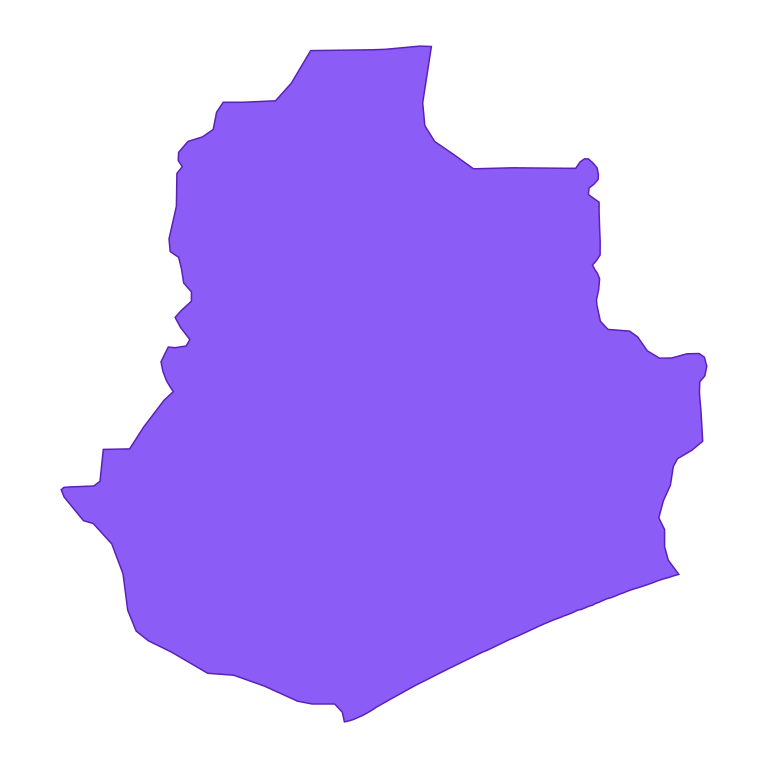 the district of Salinas, Canelones, Uruguay
{"feature_id": "84410073B77165260459869", "entity_name": "Salinas", "entity_type": "district", "adm_level": 2, "iso_a3": "URY", "parent_name": "Uruguay", "parent_adm1": "Canelones", "projection": "robinson", "projection_center": [-55.842, -34.745], "detail": "fine", "context": "isolated", "style": "filled", "palette": "violet", "viewbox_px": 768, "rotation_deg": 0, "n_neighbors": 0, "source": "geoboundaries", "source_scale": "gbopen_adm2", "svg_char_len": 2207}
<svg xmlns="http://www.w3.org/2000/svg" viewBox="0 0 768 768"><path d="M344.4,721.9L348.9,720.9L353.7,719.4L363.5,715.0L371.6,710.4L376.6,707.0L382.5,703.7L391.6,698.6L405.8,690.7L414.3,686.0L420.7,682.7L426.0,680.1L437.4,674.3L448.1,668.9L464.9,660.7L482.3,652.2L487.6,650.1L499.7,644.2L507.8,640.3L518.9,635.5L540.2,625.6L552.8,620.2L561.3,617.1L563.8,615.9L566.2,615.2L570.0,613.7L572.2,612.8L574.8,611.6L578.4,609.9L581.0,609.6L583.9,608.3L585.9,607.6L588.5,606.3L592.5,605.2L595.5,603.5L598.9,602.3L602.9,600.5L606.5,598.9L611.3,597.6L614.9,596.2L619.2,594.3L623.5,592.8L626.4,591.6L630.7,590.0L635.6,588.4L640.4,587.0L645.8,585.2L652.1,583.0L657.9,580.7L664.4,578.6L668.7,577.5L673.1,576.0L678.8,574.4L668.3,560.2L664.6,546.7L664.6,529.6L658.8,517.8L663.4,500.7L670.4,485.2L673.3,466.5L677.5,458.7L691.9,450.2L702.7,441.2L701.0,411.4L699.4,392.7L699.8,381.7L704.8,376.0L706.8,366.3L704.4,357.2L699.1,353.5L686.8,353.8L671.7,358.0L659.5,358.2L647.3,350.8L637.7,337.0L629.5,331.1L608.0,329.4L600.4,321.3L596.9,305.1L596.5,299.7L598.7,289.5L599.6,278.7L597.5,273.5L594.7,269.3L592.5,265.0L596.3,260.8L600.1,255.0L600.2,241.8L599.6,227.7L599.1,212.2L599.1,202.2L593.6,198.3L588.4,194.5L589.1,188.0L594.2,184.0L598.2,179.3L598.4,174.5L597.2,168.1L593.6,163.6L588.4,158.9L584.5,158.8L580.1,161.9L575.7,168.3L568.2,168.3L513.0,167.8L473.5,168.8L453.9,154.7L434.7,141.5L424.8,125.6L422.7,102.8L431.4,46.5L419.8,46.1L385.5,49.3L371.5,49.8L310.7,50.6L291.3,83.2L275.5,100.8L242.3,102.3L223.2,102.3L216.6,112.2L213.2,129.4L202.5,136.9L188.0,141.4L178.6,152.4L178.2,160.5L182.3,166.7L176.9,173.4L176.4,206.2L169.0,238.9L170.2,251.6L178.6,257.3L181.4,268.5L183.7,283.0L191.4,291.9L191.4,301.2L181.2,310.6L175.1,317.4L180.5,327.4L189.9,339.6L186.1,346.0L175.0,347.7L168.3,347.0L165.1,353.4L161.0,361.8L162.9,371.3L166.4,380.6L170.4,387.3L173.3,391.6L163.9,400.4L143.7,427.0L129.6,448.9L103.3,449.4L100.0,481.2L93.8,486.0L70.6,486.9L63.9,487.4L61.2,489.7L64.1,497.0L83.4,520.6L93.3,523.6L111.8,544.0L123.0,573.7L127.7,610.2L136.2,631.1L148.4,640.8L171.8,652.3L207.7,673.3L233.6,675.2L264.1,686.0L297.6,701.2L312.2,704.0L334.7,704.0L342.3,712.2L344.4,721.9Z" fill="#8b5cf6" stroke="#5b21b6" stroke-width="1.5"/></svg>